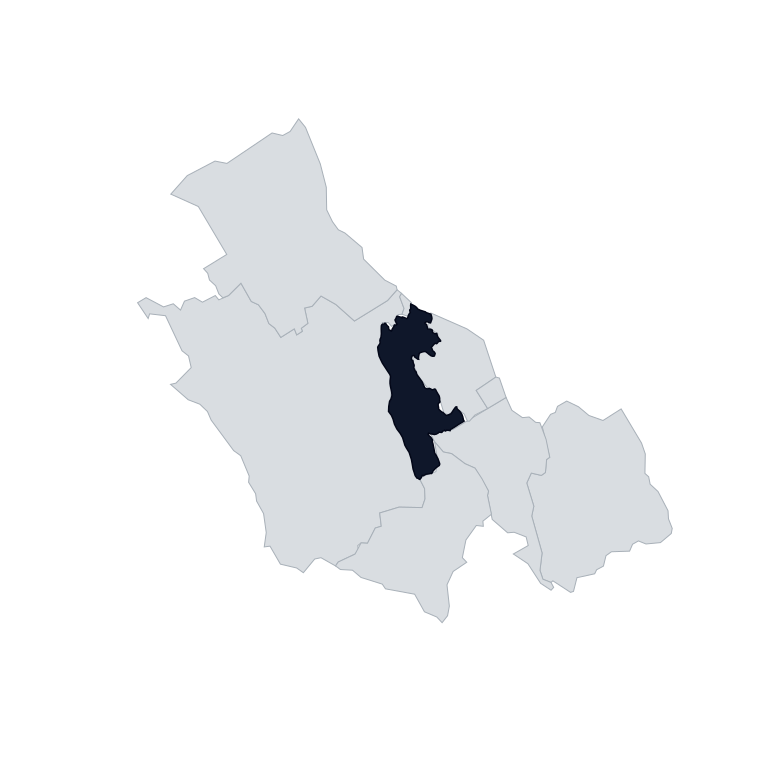 Republic of the Congo highlighted among its neighbors, rotated 148°
{"feature_id": "COG", "entity_name": "Republic of the Congo", "entity_type": "country or territory", "adm_level": 0, "iso_a3": "COG", "parent_name": "Africa", "parent_adm1": "", "projection": "equal_earth", "projection_center": [14.374, -0.658], "detail": "fine", "context": "with_neighbors", "style": "filled", "palette": "ink", "viewbox_px": 768, "rotation_deg": 148, "n_neighbors": 7, "source": "natural_earth", "source_scale": "50m", "svg_char_len": 8118}
<svg xmlns="http://www.w3.org/2000/svg" viewBox="0 0 768 768"><g transform="rotate(148 384 384)"><path d="M546.8,407.2L549.7,445.0L548.3,454.2L550.9,464.5L558.4,474.4L565.2,496.8L560.0,495.0L538.8,500.1L534.9,511.4L537.7,519.2L533.1,557.7L545.6,567.7L549.3,564.5L549.9,583.5L540.0,583.3L530.1,566.2L520.2,563.7L517.4,554.5L509.3,560.0L498.8,557.6L494.6,549.6L480.2,548.4L479.5,542.9L469.0,541.4L451.9,545.3L452.8,524.3L448.5,517.7L447.6,506.8L449.6,496.2L447.0,489.3L446.8,478.2L430.8,478.3L432.0,471.9L425.3,472.0L424.6,475.1L416.4,475.8L411.1,490.5L403.8,488.0L390.8,492.0L382.7,477.0L375.7,453.1L336.8,452.9L323.0,457.0L321.1,451.5L324.5,449.7L327.0,437.4L331.8,433.6L335.3,435.4L339.8,428.6L347.0,428.8L347.8,433.8L352.8,437.0L371.6,411.5L371.1,396.8L376.9,379.5L391.6,361.8L393.1,356.1L395.6,343.4L396.6,317.5L403.1,296.9L405.0,273.8L410.1,264.8L417.2,259.0L436.5,271.6L456.0,276.9L461.7,264.8L467.7,266.5L482.4,257.7L487.6,261.4L491.9,260.9L493.8,256.6L498.7,255.1L517.1,257.3L521.5,255.4L529.5,270.1L535.5,272.3L552.4,266.7L555.6,274.3L567.3,286.1L566.6,306.9L571.9,309.3L562.6,320.4L554.8,337.9L554.1,352.2L551.0,359.0L550.9,372.4L547.1,377.4L543.5,399.1L546.8,407.2Z" fill="#d9dde1" stroke="#a8b0b8" stroke-width="1"/><path d="M196.1,237.2L196.9,197.4L199.5,186.2L210.1,169.9L208.7,165.1L211.4,158.0L208.6,147.6L210.3,126.0L214.2,118.9L216.1,108.8L219.6,105.0L233.6,103.0L246.6,109.5L251.4,116.1L258.1,116.4L264.3,112.1L280.0,121.2L286.7,120.8L294.4,113.3L302.1,113.8L305.9,111.4L323.0,117.5L333.2,107.7L336.2,108.4L345.1,127.6L347.5,127.2L352.7,134.2L350.5,143.3L339.5,156.9L328.7,193.7L321.7,201.0L315.4,224.4L306.3,230.4L299.0,223.1L294.0,223.4L286.1,233.8L282.3,234.0L272.5,263.7L258.8,270.0L253.8,269.1L248.7,273.1L238.1,272.7L231.1,261.6L226.9,248.7L217.6,237.0L196.1,237.2Z" fill="#d9dde1" stroke="#a8b0b8" stroke-width="1"/><path d="M351.6,120.6L356.8,131.9L357.2,155.3L364.4,171.3L347.3,170.6L344.5,179.0L352.2,189.3L358.0,192.3L364.0,211.8L355.3,234.6L352.1,237.8L351.4,264.4L357.6,273.6L363.6,289.2L369.7,294.9L371.7,308.2L370.7,317.8L349.5,308.9L287.6,307.9L289.5,293.9L284.4,282.1L278.4,279.1L275.7,271.1L272.3,268.6L275.9,251.1L282.3,234.0L286.1,233.8L294.0,223.4L299.0,223.1L306.3,230.4L315.4,224.4L321.7,201.0L328.7,193.7L339.5,156.9L350.5,143.3L352.7,134.2L347.5,127.2L347.9,121.6L351.6,120.6Z" fill="#d9dde1" stroke="#a8b0b8" stroke-width="1"/><path d="M521.5,255.4L517.1,257.3L498.7,255.1L487.6,261.4L482.4,257.7L467.7,266.5L461.7,264.8L456.0,276.9L436.5,271.6L417.2,259.0L410.1,264.8L405.0,273.8L403.9,286.2L386.4,282.2L378.6,291.6L371.7,308.2L369.7,294.9L363.6,289.2L357.6,273.6L351.4,264.4L351.1,251.6L352.1,237.8L355.3,234.6L361.9,216.6L372.8,215.3L375.2,210.7L380.7,215.1L397.2,208.3L409.6,195.2L408.3,189.0L424.7,188.4L437.0,180.3L446.3,161.0L452.9,153.8L461.2,150.8L462.7,158.4L470.4,169.4L469.4,189.5L491.3,209.5L491.5,215.2L506.0,232.1L509.4,242.8L519.3,249.8L521.5,255.4Z" fill="#d9dde1" stroke="#a8b0b8" stroke-width="1"/><path d="M309.1,308.3L323.4,309.5L331.2,307.2L332.9,308.2L331.9,316.0L335.6,325.2L345.4,323.7L348.7,327.2L343.0,347.9L349.2,358.4L350.7,372.3L349.0,384.1L345.0,392.5L333.3,391.8L326.2,383.2L325.2,391.1L316.3,393.3L311.8,397.8L316.7,409.5L306.7,419.4L284.4,386.7L276.3,368.3L285.5,330.6L309.2,329.7L309.1,308.3Z" fill="#d9dde1" stroke="#a8b0b8" stroke-width="1"/><path d="M287.6,307.9L309.1,308.3L309.2,329.7L285.5,330.6L283.0,327.9L287.6,307.9Z" fill="#d9dde1" stroke="#a8b0b8" stroke-width="1"/><path d="M331.8,433.6L327.0,437.4L324.5,449.7L321.1,451.5L317.6,438.2L326.9,427.5L331.8,433.6ZM323.0,457.0L336.8,452.9L375.7,453.1L382.7,477.0L390.8,492.0L403.8,488.0L411.1,490.5L416.4,475.8L424.6,475.1L425.3,472.0L432.0,471.9L430.8,478.3L446.8,478.2L447.0,489.3L449.6,496.2L447.6,506.8L448.5,517.7L452.8,524.3L451.9,545.3L469.0,541.4L475.0,542.5L476.3,547.9L474.7,556.5L476.9,564.7L474.8,571.3L475.9,577.4L448.7,577.2L447.4,632.9L464.2,658.0L440.4,665.0L409.2,662.6L400.3,654.3L345.9,656.2L338.2,648.4L329.8,647.9L315.9,654.1L314.6,643.2L321.4,604.4L328.7,581.4L340.3,562.1L341.7,549.0L341.0,539.0L337.1,532.7L330.3,511.4L335.1,500.7L328.3,471.7L321.7,460.5L323.0,457.0Z" fill="#d9dde1" stroke="#a8b0b8" stroke-width="1"/><path d="M307.2,418.3L308.0,415.5L308.6,414.2L309.3,413.4L312.1,411.2L312.5,411.3L314.5,414.1L315.1,414.3L315.8,414.2L316.7,414.3L317.1,413.8L317.1,413.1L316.5,412.3L316.5,411.4L316.9,410.5L317.1,409.4L317.7,408.2L317.8,407.6L317.1,407.0L315.8,406.0L314.9,405.1L314.5,404.2L314.8,403.1L315.5,402.2L315.5,401.7L314.8,400.8L314.4,399.9L313.9,399.4L312.5,399.0L312.8,397.9L313.3,396.1L313.4,394.8L313.0,391.2L313.1,390.6L313.4,390.3L314.2,390.6L315.0,391.2L317.2,390.4L318.0,390.3L318.6,391.0L319.5,391.5L324.5,390.0L324.6,388.5L324.9,387.2L325.0,386.2L324.8,385.5L324.5,385.0L324.4,384.0L324.4,382.9L324.8,382.4L326.4,381.1L326.9,381.1L328.1,381.8L329.1,382.9L330.1,385.3L330.7,387.3L331.7,389.7L333.9,390.7L336.6,391.4L338.0,391.2L340.0,389.1L341.2,387.5L341.5,386.6L342.2,387.1L343.0,389.2L343.5,390.0L343.6,390.8L343.2,391.8L343.6,392.4L345.0,392.9L346.2,392.5L346.8,391.6L347.7,390.5L347.7,389.5L347.2,388.9L347.2,388.0L347.7,387.4L348.2,385.5L348.4,384.2L348.9,383.3L349.8,382.7L350.1,382.2L350.7,379.0L350.4,377.9L350.4,376.9L351.0,375.7L351.1,373.7L350.8,370.4L350.7,368.2L350.5,365.9L350.9,362.8L351.4,359.6L351.3,358.8L350.7,357.8L349.9,356.9L347.8,356.2L347.0,355.0L346.4,353.8L346.0,353.4L343.7,352.9L343.2,352.2L343.4,350.2L343.6,347.2L343.5,345.2L343.9,343.5L344.4,342.3L345.4,340.9L345.9,339.4L346.2,339.0L348.1,338.7L348.8,338.1L349.3,337.4L349.6,336.6L350.2,335.1L350.8,334.1L350.9,333.4L350.7,332.5L350.2,330.7L349.5,329.1L349.1,328.6L348.2,325.0L347.5,324.2L345.9,323.7L343.1,323.3L341.4,323.9L338.8,325.2L336.8,326.0L335.5,326.5L334.7,326.3L334.4,325.8L334.9,325.3L335.1,324.2L334.8,322.7L334.3,321.2L334.0,319.2L334.1,316.7L334.6,314.4L335.7,311.3L335.7,310.1L338.9,310.1L342.1,310.2L345.5,310.1L348.9,310.1L351.5,310.2L352.7,309.4L353.9,310.6L354.5,310.9L355.1,311.6L356.6,311.5L356.9,311.7L357.0,312.7L358.4,312.7L359.0,312.9L359.6,312.9L360.4,312.3L361.0,312.5L362.0,313.3L362.7,313.9L363.8,313.7L366.2,313.8L368.1,314.5L369.9,316.2L371.2,317.2L372.3,318.7L372.7,318.4L373.1,318.0L373.3,317.9L373.3,316.6L372.6,314.4L372.4,312.6L372.5,311.1L373.0,310.0L373.8,309.3L373.9,308.3L373.9,308.1L374.8,305.7L375.7,303.3L376.8,300.5L377.7,298.2L377.5,297.0L377.6,295.3L377.8,293.4L377.8,292.2L378.0,291.4L378.6,288.6L379.0,286.9L379.5,286.2L380.4,285.6L381.6,285.6L384.7,285.3L387.6,284.5L388.6,284.2L390.5,283.0L391.2,282.9L391.8,283.4L395.3,284.8L396.3,285.3L396.7,285.2L397.2,285.3L398.0,285.4L398.8,285.2L399.3,285.4L400.0,286.3L400.4,286.2L401.0,285.5L402.1,284.8L404.1,284.1L404.5,284.4L405.2,286.1L405.9,286.7L406.1,289.8L405.1,293.6L404.4,296.5L402.4,301.3L400.7,305.6L398.9,312.7L398.9,317.9L398.7,321.2L398.1,323.2L396.6,328.7L396.4,333.3L396.9,339.0L396.4,344.4L394.9,349.5L394.3,353.5L394.7,358.3L391.9,362.4L388.4,366.4L386.1,367.5L384.4,368.9L383.1,370.4L382.7,371.2L381.8,373.1L379.7,378.8L378.6,381.3L377.2,383.5L375.1,386.1L374.3,387.3L374.0,389.1L374.1,392.4L374.3,402.5L374.0,405.4L373.4,410.2L371.3,415.6L369.8,418.6L368.2,419.5L366.2,420.3L365.2,421.3L364.6,422.8L363.5,424.1L361.8,425.2L359.7,427.9L357.1,432.3L355.4,434.8L354.4,435.4L353.4,435.5L352.4,434.9L351.6,434.9L351.2,435.1L350.9,434.9L350.5,434.5L350.5,433.5L350.4,431.9L349.9,430.1L350.5,428.8L351.0,427.7L350.9,427.2L350.4,426.3L349.8,425.1L349.2,425.1L348.1,426.1L346.8,426.8L345.7,427.2L344.8,427.9L344.3,428.4L343.5,428.4L343.1,427.9L342.1,427.5L341.6,427.6L341.3,427.8L341.2,429.4L341.1,430.7L340.9,432.0L340.6,432.6L339.2,433.2L338.2,434.0L337.4,434.6L336.8,434.5L335.8,433.3L334.8,432.3L334.2,431.4L333.9,430.8L333.7,430.5L333.0,430.4L332.8,431.0L332.5,430.7L331.5,429.5L330.3,427.7L329.9,427.4L329.2,427.4L328.2,428.1L327.1,429.2L325.3,430.2L323.8,430.7L323.6,431.4L323.3,432.6L322.7,433.3L321.4,433.6L320.9,434.6L319.7,436.7L318.9,437.6L318.7,437.2L318.3,436.7L317.3,435.1L316.3,433.2L316.1,432.3L315.8,431.8L315.7,429.8L314.3,427.5L310.7,423.3L310.3,422.1L307.2,418.3Z" fill="#0f172a" stroke="#020617" stroke-width="1.5"/></g></svg>